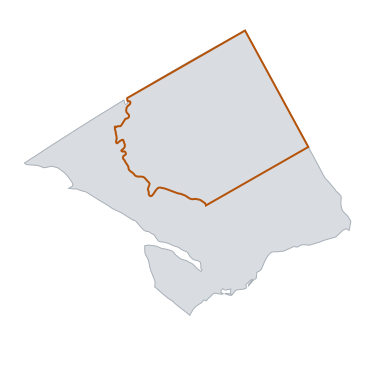 Al Wadi at Jadid on a map of Egypt (orthographic projection), rotated 149°
{"feature_id": "EGY-1550", "entity_name": "Al Wadi at Jadid", "entity_type": "Governorate", "adm_level": 1, "iso_a3": "EGY", "parent_name": "Egypt", "parent_adm1": "", "projection": "orthographic", "projection_center": [30.896, 24.831], "detail": "medium", "context": "in_parent", "style": "outline", "palette": "amber", "viewbox_px": 384, "rotation_deg": 149, "n_neighbors": 0, "source": "natural_earth", "source_scale": "10m", "svg_char_len": 4916}
<svg xmlns="http://www.w3.org/2000/svg" viewBox="0 0 384 384"><g transform="rotate(149 192 192)"><path d="M320.7,303.1L313.6,303.4L306.5,303.6L299.4,303.9L292.3,304.2L285.2,304.4L278.1,304.6L271.0,304.8L263.9,305.0L256.8,305.2L249.7,305.3L242.6,305.5L235.5,305.6L228.4,305.7L221.3,305.7L214.2,305.8L207.1,305.9L203.0,305.9L203.7,303.8L204.1,302.3L203.7,301.3L202.3,301.1L201.4,301.4L199.3,305.7L198.1,305.9L195.6,305.9L187.3,305.9L179.1,305.9L170.8,305.9L162.5,305.8L154.2,305.7L145.9,305.6L137.7,305.4L129.4,305.3L121.1,305.1L112.9,304.9L104.6,304.6L96.3,304.4L88.1,304.1L79.8,303.8L71.6,303.5L63.3,303.1L63.5,297.9L63.8,292.6L64.0,287.4L64.2,282.2L64.4,276.9L64.6,271.7L64.8,266.4L65.0,261.2L65.2,255.9L65.5,250.7L65.7,245.5L65.9,240.2L66.1,235.0L66.4,229.7L66.6,224.5L66.8,219.2L67.1,214.0L67.3,208.7L67.5,203.5L67.8,198.2L68.0,193.0L68.3,187.8L68.5,182.5L68.8,177.3L69.0,172.0L69.3,166.8L69.5,161.6L69.8,156.3L70.0,151.1L70.3,145.9L70.6,140.6L70.8,135.4L70.7,134.4L69.7,130.8L69.0,126.3L68.1,120.7L68.1,118.9L66.5,113.1L66.5,111.4L67.0,110.3L70.3,105.6L71.3,103.3L72.2,100.6L72.6,98.3L71.9,94.8L71.0,91.6L70.9,88.4L70.9,85.2L72.5,83.2L74.5,81.2L75.2,80.0L76.4,78.7L77.2,78.1L78.5,80.9L81.6,81.6L91.9,79.4L103.0,82.4L109.1,83.5L118.6,85.9L124.3,89.9L125.9,90.4L130.1,90.5L132.8,92.8L143.7,94.1L149.5,96.7L152.8,98.7L154.7,99.4L156.5,99.3L158.9,98.6L161.9,97.2L165.2,95.3L172.0,90.3L174.4,89.5L176.0,89.7L177.9,89.7L178.7,88.3L179.7,87.4L180.3,86.3L181.4,85.0L184.9,84.7L191.9,82.5L191.1,83.6L184.7,86.0L187.5,86.3L190.3,85.5L193.5,84.9L194.0,83.9L194.5,81.9L195.1,81.7L197.3,82.0L203.9,85.0L205.5,85.1L210.2,83.4L211.1,83.0L212.7,83.9L216.1,87.7L214.9,87.6L211.2,84.4L210.9,86.0L208.8,88.8L211.5,90.0L213.6,90.5L214.8,92.0L215.5,93.4L217.6,92.8L219.1,90.9L218.3,89.8L217.7,88.7L218.4,88.7L219.9,89.6L224.1,93.2L225.5,93.9L227.2,93.7L230.6,92.7L231.5,92.8L236.0,91.4L236.6,92.4L237.4,93.3L241.0,92.2L246.8,92.1L251.5,90.8L256.9,87.8L257.3,87.4L257.6,88.1L258.3,90.0L260.1,94.9L261.7,98.8L263.6,104.1L264.3,106.2L264.5,107.6L267.3,113.5L269.0,118.3L270.3,122.2L272.1,127.9L272.9,129.9L271.8,131.0L269.6,134.8L267.6,146.9L264.4,156.3L264.1,162.2L263.6,164.3L262.0,167.3L260.1,170.3L256.4,168.8L250.4,163.9L246.9,159.1L243.2,156.0L239.6,151.9L238.6,149.0L238.6,147.0L237.0,142.4L235.9,140.2L231.6,135.3L230.4,132.7L229.4,131.5L228.5,129.8L226.9,123.4L225.2,119.4L223.3,120.5L223.7,122.2L222.1,124.6L221.1,127.4L221.9,129.6L225.4,133.0L226.1,134.5L226.9,137.8L226.9,142.2L227.4,143.7L230.0,147.0L231.0,148.9L231.6,150.6L232.5,152.1L235.1,154.9L238.9,160.3L242.4,163.9L245.0,165.7L246.1,167.4L246.5,172.0L246.3,174.2L248.6,178.3L249.5,180.4L251.7,182.0L252.8,184.0L253.7,187.1L255.3,196.4L257.3,198.7L263.4,210.8L268.6,218.5L271.2,224.2L275.0,231.2L282.7,246.5L287.2,251.2L289.0,253.8L292.2,255.8L295.7,258.7L292.4,258.5L291.6,258.7L290.5,259.2L290.0,261.1L289.8,262.6L290.5,270.4L291.5,274.4L294.6,281.9L296.8,284.1L297.9,285.5L299.4,286.5L306.3,288.9L310.5,294.2L319.7,300.7L320.6,302.6L320.7,303.1Z" fill="#d9dde1" stroke="#a8b0b8" stroke-width="1"/><path d="M63.4,303.1L69.1,170.7L187.0,173.3L186.7,174.1L186.6,175.0L186.7,175.7L186.9,176.4L188.8,180.5L189.2,181.1L189.5,181.5L192.3,184.1L193.3,184.7L195.2,185.5L195.9,186.0L196.9,187.1L197.2,187.4L199.8,192.7L202.7,196.3L204.7,198.0L213.5,209.0L216.9,212.1L218.0,212.7L218.7,212.9L219.3,212.9L220.3,212.7L222.1,212.1L227.0,209.8L227.5,209.7L228.5,209.5L229.4,209.7L229.8,210.0L230.1,210.5L230.3,211.2L230.3,212.0L230.0,212.7L229.0,214.5L228.8,215.9L228.5,216.9L227.9,217.6L225.0,220.0L224.4,220.6L224.0,221.3L224.0,222.0L224.7,225.2L225.3,228.6L225.7,229.4L226.1,230.1L226.5,230.5L228.6,232.0L230.3,233.0L231.0,233.6L231.9,234.6L232.4,236.0L232.8,238.7L233.9,241.0L234.3,242.3L234.6,243.6L234.4,244.5L233.6,246.4L233.5,247.3L233.5,249.5L233.7,251.4L233.5,254.1L233.8,255.4L233.8,255.8L233.6,256.9L233.1,257.5L232.7,257.9L232.1,258.1L231.6,258.2L230.3,258.2L229.8,258.3L229.3,258.5L228.9,258.9L228.8,259.2L228.6,260.5L228.8,261.3L229.2,261.7L230.9,262.6L231.1,262.9L231.3,263.3L231.3,263.6L231.2,263.9L230.7,264.1L227.5,264.7L226.7,265.1L226.3,265.5L225.3,267.0L225.0,268.1L224.7,269.8L224.2,271.8L224.3,272.1L224.4,272.4L224.9,272.6L225.8,272.8L227.9,272.8L230.8,272.3L231.1,272.4L231.3,272.5L231.5,272.9L231.5,273.3L231.3,274.0L231.1,274.4L229.2,276.4L228.7,277.2L227.7,279.5L227.1,281.6L226.4,282.9L225.7,285.5L225.2,286.4L224.8,287.3L224.6,287.6L224.3,287.7L224.1,287.6L223.6,287.0L223.2,286.6L222.7,286.6L222.1,286.7L221.5,286.6L219.8,285.4L219.3,285.3L218.4,285.5L211.6,288.9L211.1,288.9L209.3,288.4L208.8,288.4L207.9,288.6L207.3,289.0L206.7,289.9L206.4,290.6L206.5,291.4L206.9,292.8L207.0,294.0L206.8,294.9L206.5,295.7L205.0,297.6L204.2,298.2L202.8,298.8L201.2,299.0L200.2,299.2L199.3,299.7L198.7,300.5L198.5,301.2L198.6,301.7L199.1,302.1L200.0,302.8L200.4,303.4L199.3,305.8L199.0,305.9L63.4,303.1Z" fill="none" stroke="#b45309" stroke-width="2"/></g></svg>